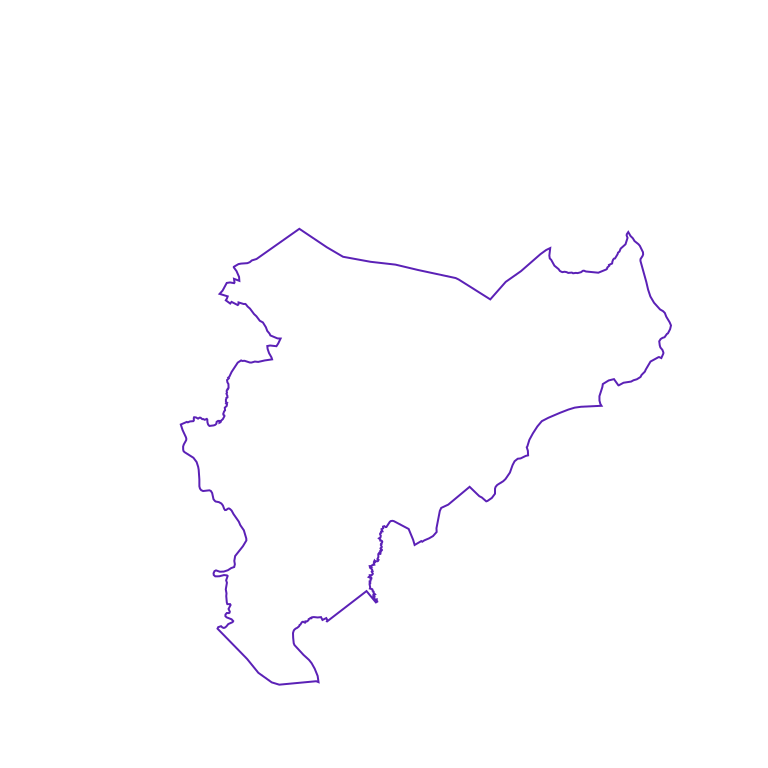 Tha Luang, Lop Buri, Thailand, rotated 320°
{"feature_id": "78962969B70525804812595", "entity_name": "Tha Luang", "entity_type": "district", "adm_level": 2, "iso_a3": "THA", "parent_name": "Thailand", "parent_adm1": "Lop Buri", "projection": "orthographic", "projection_center": [101.191, 15.069], "detail": "fine", "context": "isolated", "style": "outline", "palette": "violet", "viewbox_px": 768, "rotation_deg": 320, "n_neighbors": 0, "source": "geoboundaries", "source_scale": "gbopen_adm2", "svg_char_len": 6164}
<svg xmlns="http://www.w3.org/2000/svg" viewBox="0 0 768 768"><g transform="rotate(320 384 384)"><path d="M99.2,464.4L102.4,506.6L102.1,524.5L106.2,540.4L110.5,547.0L141.0,568.1L142.2,570.3L145.5,565.0L147.9,557.6L149.1,551.3L149.2,547.1L148.2,539.7L147.6,526.5L148.2,524.6L151.3,520.0L154.2,516.3L156.0,515.1L157.3,514.6L159.2,514.6L160.8,515.0L163.3,515.0L164.5,514.3L165.2,514.6L167.9,513.7L169.1,514.0L170.1,516.1L170.9,516.0L171.3,515.4L172.6,516.4L174.2,516.4L175.2,515.7L176.2,516.1L177.3,515.9L177.9,516.8L178.9,516.4L180.5,517.5L183.1,520.2L185.9,522.1L185.2,525.2L189.3,526.2L188.8,528.6L187.7,529.1L187.8,529.3L237.5,531.4L237.4,546.1L239.0,546.4L239.2,546.1L239.1,545.0L240.0,544.3L238.6,543.3L238.6,540.8L239.3,539.9L239.7,541.0L240.0,541.0L240.9,539.5L240.8,538.4L241.2,538.3L241.9,538.9L241.9,536.9L242.6,536.3L242.3,535.0L242.8,534.6L243.1,533.7L241.7,531.6L242.7,530.9L244.3,528.0L245.1,528.0L245.2,527.1L246.0,527.0L246.2,525.9L247.3,526.1L248.1,525.1L249.1,525.1L249.7,524.5L249.8,524.0L248.8,523.5L248.2,522.1L249.7,522.1L250.2,521.3L251.7,522.5L253.1,522.4L253.6,522.0L253.9,520.0L255.0,520.1L255.1,519.1L255.7,518.4L255.3,516.2L256.4,516.3L255.7,514.9L256.0,514.3L257.3,515.3L258.6,515.2L260.4,516.2L260.9,514.8L262.1,514.8L262.0,513.8L263.2,513.2L263.1,514.3L263.8,514.4L264.9,515.5L265.7,515.7L266.8,515.2L266.5,513.8L268.4,513.0L270.3,510.6L270.8,510.6L272.0,511.8L272.8,511.2L272.5,510.1L273.6,510.1L273.9,509.4L274.3,509.4L274.6,510.1L275.7,509.9L275.9,509.4L275.4,508.7L275.7,507.6L277.6,507.4L278.1,505.3L279.0,505.2L279.2,504.4L280.5,504.3L281.3,503.7L281.5,502.9L280.5,501.5L281.2,500.9L280.9,499.0L282.6,499.3L284.0,498.2L284.4,496.6L285.0,496.0L286.1,496.2L286.9,495.2L288.1,495.9L288.8,493.6L290.6,494.0L291.6,492.6L292.9,493.1L293.2,494.6L293.9,495.1L299.9,493.3L301.2,493.4L302.6,494.3L303.4,495.4L309.7,510.9L306.2,522.0L304.0,527.0L311.6,528.3L311.9,529.4L314.4,529.7L319.3,531.2L323.8,532.0L329.2,531.2L331.5,528.2L345.2,517.1L348.2,515.7L355.7,517.7L383.5,517.8L384.9,531.2L386.0,533.8L386.9,539.6L388.1,540.1L393.4,540.6L398.5,539.4L401.8,535.5L403.5,534.5L406.0,534.1L412.8,535.1L416.0,534.9L423.5,532.8L430.3,528.8L434.4,527.1L438.4,527.2L440.8,528.8L446.4,530.2L448.5,531.3L451.3,527.6L452.7,524.2L453.6,524.0L459.5,520.2L466.4,517.5L474.2,515.1L481.0,513.9L488.1,515.5L500.3,519.2L508.8,522.1L514.9,524.7L520.3,528.1L536.6,540.5L536.9,538.4L538.4,535.2L541.2,531.8L549.3,526.7L551.6,524.7L558.4,525.7L563.3,528.1L562.7,535.6L562.9,535.9L568.3,537.0L574.9,541.0L577.5,541.5L580.7,542.9L585.0,543.5L587.2,542.6L591.8,542.2L593.8,541.2L602.6,538.1L611.6,539.9L612.1,540.3L613.1,542.4L617.6,540.2L618.3,539.4L619.2,536.8L619.2,533.7L620.1,531.6L622.3,528.2L624.8,527.4L627.0,527.7L629.0,528.5L632.9,527.5L634.1,527.7L638.4,525.9L641.5,523.6L642.5,520.3L643.5,513.9L644.8,510.1L644.6,507.6L643.4,504.3L643.1,495.3L644.3,488.2L647.0,481.4L650.5,474.5L659.6,454.5L660.8,453.2L664.4,452.1L665.8,451.3L667.1,449.5L668.8,442.6L668.8,440.5L667.8,435.6L668.3,432.3L668.0,429.0L668.8,424.6L666.3,425.3L665.4,426.1L664.5,428.6L658.8,432.2L652.3,432.4L649.5,433.9L647.7,433.8L646.4,434.7L641.7,436.3L640.8,435.8L639.5,436.0L637.7,437.0L636.2,438.3L632.9,437.4L632.6,438.2L629.9,438.3L629.0,439.1L627.8,439.1L619.7,436.5L611.0,427.6L610.0,425.7L609.0,425.1L606.8,425.0L603.6,423.5L602.4,422.2L600.0,420.7L599.5,419.4L596.5,417.3L595.8,415.7L594.5,414.1L592.6,413.0L592.1,412.2L591.4,410.4L591.6,408.2L590.6,402.9L591.9,396.3L591.7,394.4L593.2,391.9L598.7,386.7L594.4,385.6L587.4,385.1L561.5,385.6L542.9,384.0L519.8,387.5L508.4,352.0L507.0,348.9L483.4,318.6L469.5,299.9L452.3,281.8L434.4,260.2L428.1,242.5L418.9,210.7L366.7,206.3L362.2,204.4L359.5,204.4L357.0,203.6L351.9,199.9L349.6,198.6L344.3,197.7L343.9,198.1L343.6,202.7L341.8,208.8L339.5,212.0L336.7,207.0L334.7,210.2L334.0,210.4L331.3,207.2L328.5,205.5L320.4,208.7L316.0,209.3L320.6,216.4L318.5,217.6L316.6,218.2L317.9,223.5L320.0,223.1L322.7,229.5L323.6,229.5L325.0,228.0L327.9,232.5L329.2,233.5L329.4,234.3L329.3,237.0L329.8,240.1L329.4,246.9L329.8,250.0L329.5,255.7L330.8,259.0L330.0,264.6L328.7,268.3L328.7,271.7L328.2,273.8L331.7,280.6L334.0,282.7L328.9,285.0L325.9,285.9L321.5,281.3L319.0,279.9L317.4,282.3L315.8,286.4L314.9,291.3L314.1,293.2L307.8,289.3L301.8,286.2L299.5,283.8L296.3,282.4L295.1,281.4L292.1,276.6L290.2,275.2L289.7,274.1L285.7,273.6L275.0,276.8L270.2,279.0L268.7,279.0L268.7,279.9L266.3,280.1L265.1,282.1L264.8,284.0L262.4,287.1L261.3,287.1L260.9,287.8L259.7,287.7L258.8,288.4L258.1,289.8L257.1,290.1L256.4,292.4L255.5,293.6L254.4,293.3L253.9,293.9L253.0,294.2L251.4,296.1L251.7,297.5L250.5,297.5L250.7,298.6L249.4,299.7L246.8,299.8L245.3,302.0L243.9,302.2L241.6,303.6L241.2,304.4L241.5,305.5L241.2,306.0L238.1,307.3L235.8,307.4L234.2,308.2L233.0,307.9L234.2,306.5L233.2,305.6L231.5,305.4L230.0,306.7L228.5,306.8L227.0,306.3L223.3,303.9L223.2,302.0L224.1,299.9L225.8,297.6L225.8,296.8L223.7,296.2L223.0,294.7L222.2,294.1L221.8,291.9L221.0,291.2L219.3,291.0L218.5,288.8L217.2,287.4L216.4,287.8L214.9,289.7L214.1,289.9L211.2,287.9L209.1,287.3L208.6,286.3L202.3,284.4L200.1,289.8L198.0,297.6L197.3,299.0L196.3,299.9L191.8,301.6L189.9,302.8L187.9,305.3L187.3,306.6L187.4,308.0L190.6,318.0L190.3,323.3L188.4,328.0L186.9,330.6L181.3,338.3L176.8,343.7L175.8,345.8L175.7,347.8L176.6,349.7L181.9,353.2L182.6,354.6L182.3,357.0L179.3,362.7L179.3,365.0L179.5,365.8L181.6,368.4L182.6,371.0L182.5,373.5L181.3,376.9L181.2,378.4L182.3,379.1L184.0,379.1L185.2,379.6L185.7,380.9L185.9,383.0L185.1,387.0L184.3,396.1L183.2,399.8L182.6,406.0L179.2,413.8L178.0,415.4L171.6,417.6L159.4,420.1L155.6,423.3L153.9,426.2L151.6,427.9L148.7,426.8L144.7,426.3L140.7,424.7L137.6,422.3L135.5,418.8L133.9,418.4L131.8,419.4L130.8,420.9L131.1,422.9L134.2,425.4L138.6,427.5L140.7,429.7L140.8,430.6L136.9,432.9L135.9,435.3L130.8,439.6L128.8,443.1L126.8,445.1L123.1,450.4L122.5,451.9L124.6,453.7L124.4,454.7L120.3,456.4L119.6,459.2L118.7,459.9L117.9,459.8L116.4,458.4L114.4,458.7L113.3,459.8L113.4,461.5L116.0,466.3L116.1,468.7L114.9,469.1L110.4,467.8L107.3,468.4L105.3,468.3L104.3,467.7L103.7,466.5L103.5,464.8L100.7,463.7L99.2,464.4Z" fill="none" stroke="#5b21b6" stroke-width="2"/></g></svg>